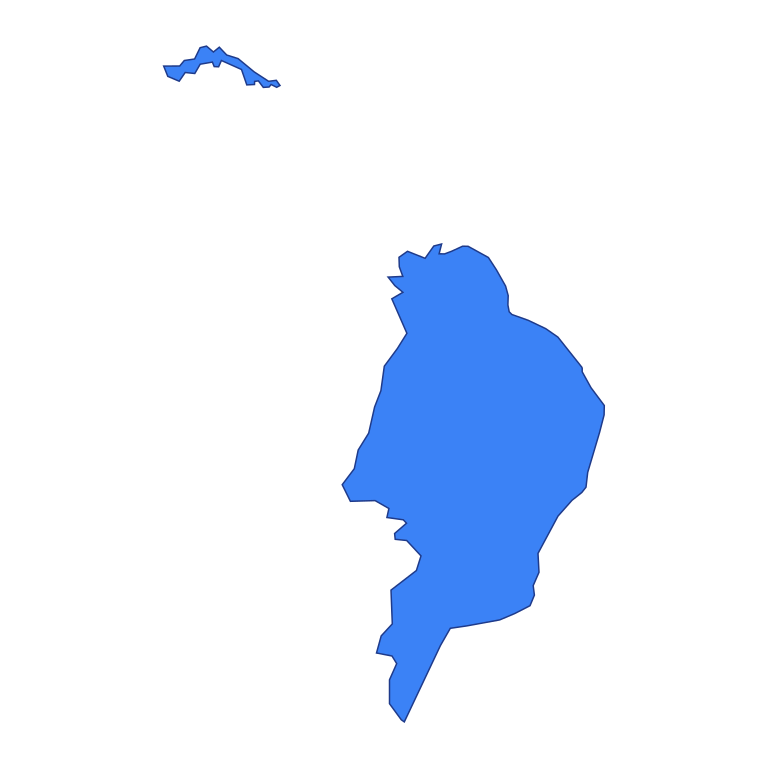 Uzun, Surkhandarya, Uzbekistan
{"feature_id": "79887680B11166150999612", "entity_name": "Uzun", "entity_type": "district", "adm_level": 2, "iso_a3": "UZB", "parent_name": "Uzbekistan", "parent_adm1": "Surkhandarya", "projection": "natural_earth1", "projection_center": [68.025, 38.226], "detail": "fine", "context": "isolated", "style": "filled", "palette": "blue", "viewbox_px": 768, "rotation_deg": 0, "n_neighbors": 0, "source": "geoboundaries", "source_scale": "gbopen_adm2", "svg_char_len": 1492}
<svg xmlns="http://www.w3.org/2000/svg" viewBox="0 0 768 768"><path d="M391.8,298.8L406.9,333.3L397.3,348.6L384.3,366.2L380.9,390.7L374.6,407.0L368.7,433.1L358.2,450.0L354.3,468.7L342.2,484.7L350.4,501.3L375.1,500.6L388.9,508.5L386.9,517.5L403.3,519.8L406.5,523.2L394.6,533.5L395.2,539.3L406.7,540.5L421.0,555.9L416.4,570.5L391.0,590.1L392.3,623.9L381.2,635.9L376.5,653.0L392.0,656.0L396.7,663.6L389.5,679.8L389.5,703.7L401.3,719.8L404.3,721.9L435.1,656.8L440.4,645.6L450.3,628.3L466.8,625.9L469.0,625.5L499.7,619.9L514.8,613.5L530.0,605.7L531.4,602.4L534.4,595.1L533.2,585.6L539.0,572.3L538.0,553.4L558.0,516.1L572.0,500.3L581.8,492.5L586.0,487.2L587.7,472.4L599.6,432.3L604.1,414.9L604.3,405.5L591.0,387.7L582.2,371.8L582.2,368.4L581.9,367.3L569.9,352.2L557.9,337.1L545.8,328.7L528.2,320.3L511.9,314.5L509.2,311.8L507.9,305.0L508.2,295.6L505.6,286.1L496.4,269.8L488.4,257.5L468.1,246.3L462.6,246.2L451.5,251.3L444.6,253.9L439.1,253.8L441.6,244.0L433.8,246.0L425.1,258.3L407.5,251.3L399.0,257.3L399.3,266.8L402.8,276.4L388.1,277.1L394.8,285.6L402.9,292.3L391.8,298.8ZM206.5,46.1L200.1,47.7L194.6,59.0L184.3,60.5L179.7,66.0L163.7,66.1L167.8,76.4L179.2,81.2L185.2,72.5L194.8,73.5L200.2,64.2L212.4,62.1L214.2,66.6L218.6,66.8L221.4,60.5L241.5,69.5L246.8,84.9L254.5,84.5L254.6,81.4L258.4,80.9L263.3,87.4L269.1,87.0L271.1,84.5L276.7,87.3L280.0,85.5L276.3,80.3L268.6,81.3L254.2,71.9L238.1,58.6L226.7,55.0L219.3,47.2L213.4,52.0L206.5,46.1Z" fill="#3b82f6" stroke="#1e3a8a" stroke-width="1.5"/></svg>